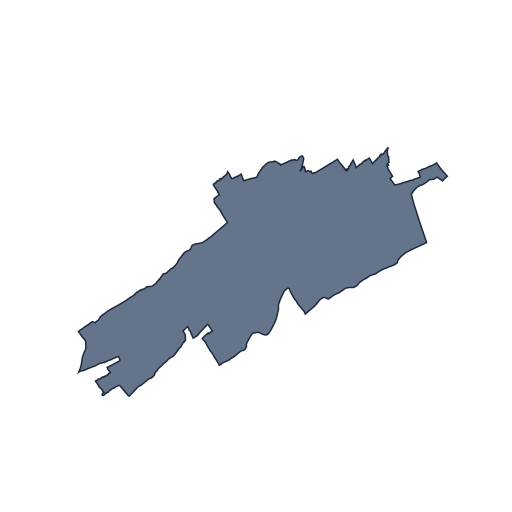 Coroiesti, Bacau, Romania (Equal Earth projection), rotated 249°
{"feature_id": "2599482B8243132142430", "entity_name": "Coroiesti", "entity_type": "district", "adm_level": 2, "iso_a3": "ROU", "parent_name": "Romania", "parent_adm1": "Bacau", "projection": "equal_earth", "projection_center": [27.499, 46.29], "detail": "fine", "context": "isolated", "style": "filled", "palette": "slate", "viewbox_px": 512, "rotation_deg": 249, "n_neighbors": 0, "source": "geoboundaries", "source_scale": "gbopen_adm2", "svg_char_len": 6078}
<svg xmlns="http://www.w3.org/2000/svg" viewBox="0 0 512 512"><g transform="rotate(249 256 256)"><path d="M310.9,381.1L310.2,380.1L309.2,379.3L308.6,377.9L307.3,377.0L307.2,376.5L306.6,376.1L306.4,375.0L306.1,374.5L304.8,374.1L304.5,373.8L304.1,373.1L304.7,372.9L304.8,372.5L303.3,372.1L303.0,371.6L303.9,371.1L303.6,370.6L304.8,370.1L305.1,370.4L314.7,367.1L317.1,366.7L312.5,341.5L312.8,341.0L313.0,339.9L312.7,339.0L312.7,338.2L313.4,337.8L315.4,337.9L315.6,337.7L315.5,336.4L315.7,336.1L317.0,335.4L317.1,333.2L316.9,332.4L317.4,332.3L318.7,332.9L319.7,333.0L322.2,333.0L322.4,332.7L322.5,332.5L319.5,328.0L319.6,327.9L321.8,330.1L323.1,331.1L329.8,335.5L332.5,335.3L333.0,334.9L333.0,333.2L332.2,331.4L331.5,330.5L331.0,330.1L330.7,328.6L330.9,327.7L332.2,326.7L332.3,326.1L332.0,325.2L332.0,324.9L332.4,324.9L332.4,324.3L333.0,323.6L332.7,322.6L332.8,320.4L332.6,319.9L332.2,313.3L332.4,311.8L332.1,311.4L333.5,311.3L334.2,310.7L334.6,310.1L336.2,309.3L336.7,308.4L337.9,307.6L337.7,306.6L337.9,306.4L337.8,306.1L338.2,305.3L338.2,304.2L338.8,302.4L338.9,300.9L338.3,298.2L337.3,296.4L336.8,294.6L332.1,287.7L330.2,285.9L329.2,285.1L330.2,278.1L330.6,271.4L332.0,271.6L333.4,271.3L337.8,271.6L337.1,268.1L337.0,263.7L336.7,263.6L336.6,263.0L336.6,261.9L336.9,261.2L339.5,260.6L341.0,260.6L344.8,259.8L342.8,257.7L341.9,255.4L341.6,254.0L340.8,252.9L340.4,251.4L340.9,251.3L341.1,250.8L340.9,249.8L340.3,249.9L340.0,249.5L339.9,246.3L339.7,245.7L338.9,245.3L338.8,243.9L338.3,242.2L337.8,242.0L337.6,241.6L328.9,243.6L328.7,243.2L326.4,243.7L325.0,238.7L324.3,237.1L322.9,237.1L321.9,236.4L320.2,236.4L319.1,236.6L317.8,237.3L316.2,237.3L311.9,238.8L303.9,240.0L297.5,241.4L289.8,219.7L289.6,218.0L288.9,216.4L287.8,211.4L287.8,209.5L288.4,206.1L288.8,204.6L289.0,201.9L288.9,200.7L288.4,199.6L286.3,197.8L285.2,195.6L285.4,193.1L284.7,189.9L284.2,189.4L283.1,187.4L280.6,183.3L279.1,181.4L277.6,179.9L275.7,176.5L274.6,173.4L274.6,172.3L274.4,171.3L273.8,170.4L273.4,169.6L273.3,168.8L272.2,166.7L272.2,165.2L272.5,163.0L268.8,157.5L268.9,156.9L268.4,156.7L267.2,154.0L266.2,152.7L265.6,149.9L265.0,148.8L265.0,147.9L266.2,144.0L266.4,142.5L265.8,141.5L265.4,140.1L265.6,138.4L265.6,137.9L265.2,137.2L265.7,136.6L265.7,135.9L265.1,133.9L264.8,131.4L263.3,128.1L262.5,125.7L262.5,123.6L262.0,123.0L261.8,121.4L261.2,119.7L259.5,110.0L258.4,101.5L257.3,96.6L256.3,93.2L256.0,91.5L254.9,88.7L253.5,87.1L252.7,85.9L252.0,83.3L251.4,82.1L251.6,81.4L253.1,80.2L253.4,79.4L252.2,75.5L251.4,71.6L249.2,63.2L243.4,64.6L237.9,66.5L232.2,64.6L229.6,63.3L228.3,61.7L223.8,57.7L218.9,55.0L214.4,52.0L211.0,48.8L211.4,50.2L210.9,55.0L211.1,58.1L211.1,66.7L211.6,70.3L211.7,72.1L210.9,77.1L211.3,81.1L211.2,83.7L211.5,86.1L211.6,91.5L208.3,91.9L208.2,91.6L207.2,91.6L206.9,91.2L205.3,77.1L203.4,77.1L199.4,78.3L199.0,78.0L199.2,76.4L199.0,76.0L198.0,75.3L197.9,75.0L198.4,74.5L197.9,74.1L197.7,72.8L198.1,72.1L197.5,71.3L197.4,70.7L198.1,70.0L197.7,68.7L197.9,68.1L197.6,67.8L197.1,66.3L197.7,64.7L196.9,63.4L196.9,61.4L195.4,61.5L195.2,61.8L189.6,62.8L187.5,63.9L186.2,64.4L184.9,64.4L183.3,65.1L182.9,64.0L182.0,62.7L180.8,62.8L180.5,63.6L181.1,65.4L181.6,66.3L181.5,67.0L182.0,67.6L181.7,68.9L183.3,72.0L183.1,72.8L183.5,73.7L183.7,75.3L183.5,75.8L183.7,76.2L183.7,77.2L184.1,78.0L184.2,79.1L184.3,81.4L184.1,82.3L171.2,86.8L170.7,87.2L170.7,88.0L171.8,89.8L172.8,92.3L175.9,98.3L176.4,100.6L176.7,102.9L179.6,111.6L179.7,112.5L179.6,114.4L180.2,116.4L181.2,118.4L183.4,120.3L183.8,120.9L184.3,122.6L185.9,124.4L187.8,129.6L188.9,131.4L189.2,133.3L189.8,134.8L191.1,137.3L191.8,140.4L192.1,142.8L193.1,144.9L197.0,150.6L197.7,152.5L198.5,153.8L201.2,157.0L201.5,157.6L201.3,157.9L202.0,158.6L202.3,159.8L207.4,161.6L208.1,161.7L212.3,161.1L213.2,163.8L214.7,166.6L214.2,166.9L213.0,167.2L210.6,166.9L209.6,167.6L201.8,167.9L202.7,172.5L206.2,179.2L209.6,186.5L201.8,188.4L201.8,187.6L200.3,184.3L201.3,183.9L199.5,178.7L199.2,178.3L198.3,176.3L195.9,176.9L193.3,178.0L190.4,178.2L184.3,179.2L179.9,180.5L176.1,180.9L176.0,181.2L167.2,182.7L167.3,184.4L168.3,187.0L168.3,189.6L168.6,194.2L169.1,195.1L169.6,198.0L170.3,201.1L172.0,205.6L172.7,208.1L172.5,210.6L172.6,211.8L174.6,214.6L176.7,215.2L178.3,216.5L183.6,222.8L184.3,223.8L185.2,225.8L184.8,226.8L184.3,229.4L183.9,230.7L183.2,231.7L180.5,234.2L179.1,236.1L178.5,238.0L179.2,240.1L181.4,243.1L184.0,246.3L188.4,250.9L190.2,252.5L198.1,257.8L200.2,258.8L201.0,258.8L203.0,259.9L206.8,263.2L212.6,269.2L213.7,271.1L214.6,274.0L214.3,274.8L213.5,275.3L209.7,275.4L202.5,276.5L199.0,277.5L196.4,277.9L189.7,280.0L187.9,280.9L185.6,281.2L184.1,281.2L188.5,293.5L192.3,300.0L193.0,302.9L193.1,303.9L192.7,305.0L191.5,306.5L190.3,307.6L189.9,308.2L190.5,311.0L191.4,313.3L191.8,316.8L191.9,320.6L192.4,321.7L192.9,324.7L193.5,326.3L193.8,328.2L193.6,330.0L192.9,332.6L191.8,335.3L191.7,336.8L192.2,339.6L193.7,342.2L194.5,344.3L195.2,347.2L195.7,350.2L195.5,350.4L196.6,354.5L196.8,356.7L196.5,360.3L196.6,361.8L197.3,364.5L198.1,369.2L198.2,376.0L198.1,379.6L198.3,382.7L199.0,385.4L201.1,386.9L203.1,390.3L205.2,395.8L205.6,397.5L206.4,405.8L207.1,416.7L207.4,420.1L229.8,421.0L247.0,422.0L258.3,423.1L258.6,424.2L260.5,426.7L261.7,429.2L262.6,431.7L262.9,433.6L263.3,434.7L262.9,435.7L263.0,437.8L263.5,440.3L265.1,445.5L264.3,448.3L264.0,450.8L264.7,452.7L264.7,453.3L259.2,457.1L260.3,458.8L261.9,463.2L268.4,460.8L272.9,459.3L278.1,458.0L277.4,453.2L277.5,449.4L277.0,445.8L277.3,443.0L276.9,438.4L276.7,437.5L274.4,438.0L270.7,437.6L271.0,430.7L270.5,429.3L271.1,428.2L271.9,415.6L272.4,411.1L280.2,409.0L281.5,412.1L290.4,410.4L290.8,410.7L293.7,410.5L293.3,412.1L295.3,411.8L295.6,412.8L295.6,413.6L301.3,415.4L302.5,414.8L303.3,414.9L304.6,415.5L306.2,415.9L308.1,416.9L310.1,418.6L308.6,415.7L307.0,413.3L306.0,412.1L305.4,409.9L306.1,409.8L306.2,409.6L306.2,409.2L305.6,408.7L305.5,407.5L304.7,407.2L304.3,406.6L304.0,405.4L300.5,397.9L306.8,396.9L305.8,392.6L306.3,392.6L306.0,391.1L305.3,389.2L305.0,389.0L304.2,387.0L304.3,386.0L302.5,381.3L310.9,381.1Z" fill="#64748b" stroke="#1e293b" stroke-width="1.5"/></g></svg>